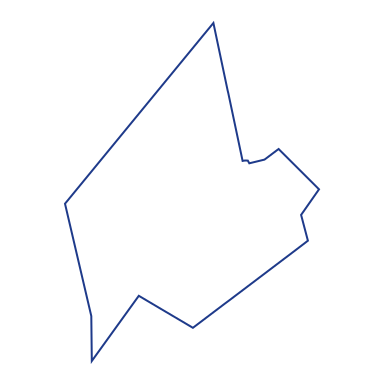 Pavussu, Piauí, Brazil (Equal Earth projection)
{"feature_id": "56859067B97790054210701", "entity_name": "Pavussu", "entity_type": "district", "adm_level": 2, "iso_a3": "BRA", "parent_name": "Brazil", "parent_adm1": "Piauí", "projection": "equal_earth", "projection_center": [-43.283, -7.908], "detail": "fine", "context": "isolated", "style": "outline", "palette": "blue", "viewbox_px": 384, "rotation_deg": 0, "n_neighbors": 0, "source": "geoboundaries", "source_scale": "gbopen_adm2", "svg_char_len": 407}
<svg xmlns="http://www.w3.org/2000/svg" viewBox="0 0 384 384"><path d="M65.0,203.7L91.3,316.1L91.8,361.0L138.8,295.8L160.9,308.9L192.9,327.8L224.2,304.1L229.2,300.4L296.8,249.2L307.9,240.7L301.1,214.9L319.0,189.3L280.4,150.8L278.6,149.0L264.5,159.6L249.3,163.3L247.8,160.6L245.0,160.5L242.6,160.9L228.3,93.2L227.6,90.3L213.4,23.0L203.0,35.6L65.0,203.7Z" fill="none" stroke="#1e3a8a" stroke-width="2"/></svg>